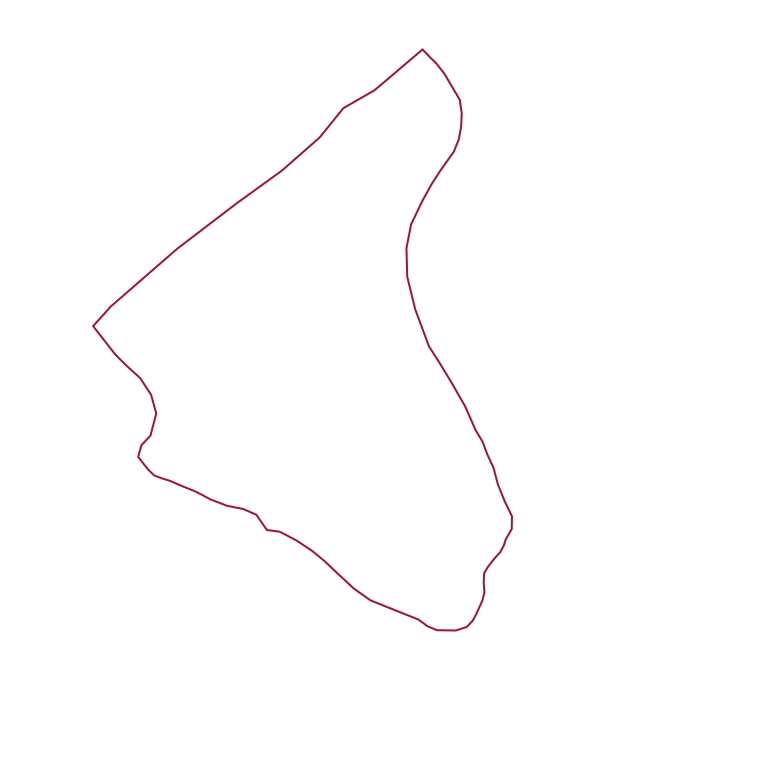 the district of Manutalake, Tuvalu, rotated 142°
{"feature_id": "33948139B42488668501008", "entity_name": "Manutalake", "entity_type": "district", "adm_level": 2, "iso_a3": "TUV", "parent_name": "Tuvalu", "parent_adm1": "", "projection": "natural_earth1", "projection_center": [177.148, -7.242], "detail": "fine", "context": "isolated", "style": "outline", "palette": "rose", "viewbox_px": 768, "rotation_deg": 142, "n_neighbors": 0, "source": "geoboundaries", "source_scale": "gbopen_adm2", "svg_char_len": 1150}
<svg xmlns="http://www.w3.org/2000/svg" viewBox="0 0 768 768"><g transform="rotate(142 384 384)"><path d="M147.7,623.9L210.5,621.3L246.2,626.4L282.8,617.9L333.7,615.0L343.3,615.4L389.5,617.1L463.7,617.9L551.4,613.3L577.6,608.7L577.6,572.3L575.9,558.5L572.5,538.6L574.2,518.8L581.6,501.0L599.8,487.1L612.9,485.1L622.6,477.9L622.6,462.0L621.4,453.4L616.9,446.1L612.3,439.5L605.5,427.0L598.6,415.1L591.8,399.9L582.7,384.7L571.9,372.1L565.1,359.6L566.2,341.1L557.1,331.8L549.1,314.0L543.4,296.8L540.0,281.6L537.2,263.1L533.7,241.3L528.0,222.2L521.2,210.3L501.9,177.2L499.0,166.7L493.9,157.4L479.1,145.5L468.3,141.6L459.7,142.9L452.3,146.2L439.8,152.8L433.0,158.1L427.8,166.0L421.6,173.3L414.7,175.9L403.9,178.6L396.0,179.9L388.6,183.2L384.0,186.5L372.6,191.1L364.6,201.0L361.2,216.9L356.1,234.7L349.3,250.6L345.9,265.1L341.9,277.7L340.2,291.5L333.9,316.0L329.9,343.7L327.1,367.5L325.4,386.0L313.4,423.7L299.7,454.1L282.7,477.2L264.4,493.1L240.5,504.9L223.4,512.2L208.1,517.5L185.9,524.1L174.5,530.7L164.8,539.3L156.3,549.2L149.4,561.1L147.7,573.7L145.4,591.5L145.4,604.1L146.6,613.3L147.7,623.9Z" fill="none" stroke="#9f1239" stroke-width="2"/></g></svg>